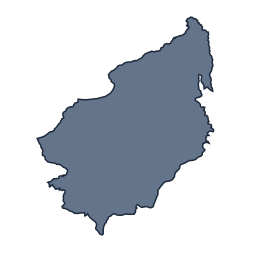 Manonyane, Maseru, Lesotho, rotated 84°
{"feature_id": "5366337B83171462701560", "entity_name": "Manonyane", "entity_type": "district", "adm_level": 2, "iso_a3": "LSO", "parent_name": "Lesotho", "parent_adm1": "Maseru", "projection": "equal_earth", "projection_center": [27.717, -29.478], "detail": "fine", "context": "isolated", "style": "filled", "palette": "slate", "viewbox_px": 256, "rotation_deg": 84, "n_neighbors": 0, "source": "geoboundaries", "source_scale": "gbopen_adm2", "svg_char_len": 5709}
<svg xmlns="http://www.w3.org/2000/svg" viewBox="0 0 256 256"><g transform="rotate(84 128 128)"><path d="M128.9,219.3L130.0,218.5L130.5,219.0L131.6,218.5L133.2,218.1L134.4,217.6L135.3,216.9L136.9,216.5L138.4,216.5L139.6,215.7L141.3,215.0L142.6,215.3L143.5,215.7L144.3,215.6L145.3,215.9L146.1,215.9L147.2,214.3L148.3,213.6L150.5,213.6L151.6,212.6L153.3,211.4L153.9,209.4L154.4,208.3L154.7,207.2L154.7,206.0L155.3,205.1L155.4,204.1L156.7,202.7L156.9,200.5L157.6,199.0L158.4,198.0L159.7,197.0L160.2,196.3L161.4,194.2L162.2,193.8L162.9,192.8L164.6,192.6L165.5,193.1L167.5,194.0L168.2,194.8L168.5,195.9L169.0,196.9L168.2,196.6L168.2,198.0L168.8,198.6L168.8,199.5L168.6,200.6L169.0,201.6L170.5,202.1L170.9,203.3L170.7,207.5L171.8,208.3L172.3,209.5L173.0,210.1L173.3,211.0L173.3,212.4L173.7,213.5L174.7,212.4L177.1,212.2L177.9,212.4L178.4,212.1L178.0,211.0L177.1,210.9L177.0,209.8L176.6,208.9L178.7,208.3L179.5,207.1L180.7,207.0L181.3,206.5L181.4,205.6L180.8,204.8L181.1,203.7L180.9,202.4L181.7,202.9L182.5,202.8L181.9,201.8L183.3,200.1L182.9,199.4L182.9,198.4L183.4,197.7L184.1,197.0L185.2,197.2L186.1,197.7L186.8,198.6L187.5,198.6L188.6,199.4L189.7,199.6L190.5,199.4L193.7,200.0L194.8,199.4L195.7,198.8L196.7,198.9L197.5,199.8L198.4,200.5L198.9,201.7L200.1,201.7L201.1,200.8L201.3,199.4L202.9,196.4L204.5,194.5L205.4,192.1L206.9,190.6L207.4,189.6L207.7,186.7L207.7,185.3L207.5,182.8L207.7,180.3L209.3,180.1L210.9,180.1L210.7,179.0L209.0,177.1L210.4,176.7L212.7,175.4L215.3,173.1L218.2,170.0L220.0,169.4L221.7,169.5L224.1,170.6L225.5,170.4L227.3,168.7L228.7,167.9L230.2,167.4L231.0,166.1L231.7,164.9L230.8,163.8L227.5,163.3L226.7,163.3L225.0,162.9L223.5,162.5L220.9,161.0L219.4,159.4L218.1,159.1L216.8,157.8L214.2,156.4L213.7,154.2L212.9,153.4L212.3,152.6L211.8,150.8L212.7,149.1L213.4,148.0L214.1,144.0L213.9,141.9L213.3,139.7L213.5,138.2L214.1,135.6L214.1,134.1L214.4,131.0L212.8,129.6L211.4,129.1L210.1,129.2L208.5,127.4L207.3,128.5L206.0,127.7L205.1,126.7L207.3,124.3L208.4,122.6L208.0,118.4L208.6,116.3L209.4,115.1L209.7,113.3L208.8,111.1L206.5,110.3L203.9,108.8L201.9,107.8L197.1,105.2L194.5,104.8L193.3,104.8L191.2,103.1L189.6,101.6L186.1,97.9L185.3,96.7L185.0,92.0L184.3,89.7L182.8,88.1L181.1,86.8L179.2,86.5L176.9,85.0L174.4,81.7L173.3,80.9L171.0,80.4L170.1,79.5L169.4,77.5L168.9,75.5L168.3,73.8L167.6,72.5L166.9,70.9L166.9,67.9L166.8,65.9L166.2,63.8L165.3,62.8L164.4,61.4L163.4,57.9L162.3,57.0L160.6,56.8L158.2,53.9L157.0,54.2L155.6,55.6L154.8,55.7L153.6,55.6L151.2,54.9L151.0,53.2L150.2,52.6L150.7,50.6L151.6,49.0L150.3,49.4L149.4,50.4L148.8,51.5L147.9,51.8L146.4,51.8L145.8,51.2L144.3,51.2L143.8,49.4L143.9,48.3L142.3,49.5L141.2,49.4L140.4,48.4L139.7,47.2L139.7,45.7L140.4,44.7L140.5,43.5L139.1,43.0L137.4,44.0L136.3,45.6L135.7,45.0L134.0,44.6L133.1,45.5L132.7,46.8L132.1,48.0L131.1,48.0L130.0,46.8L128.7,47.4L125.7,47.4L124.3,48.0L123.6,48.8L123.5,50.2L122.7,50.4L121.5,49.7L120.3,49.5L119.1,50.2L118.5,51.1L117.7,50.2L116.4,50.4L115.5,49.5L115.0,50.5L115.2,52.5L114.8,53.3L113.5,53.6L112.0,53.7L110.7,54.5L109.9,55.3L109.2,56.0L107.7,58.1L106.7,58.1L106.0,57.9L105.4,57.0L104.7,54.8L104.9,53.7L104.2,52.5L103.7,51.3L102.9,51.3L102.1,51.1L101.3,51.6L98.6,51.9L97.9,52.9L96.7,53.5L92.3,53.5L90.3,53.3L88.6,52.3L86.7,52.8L86.1,52.3L83.5,52.4L82.2,51.9L82.9,50.5L83.4,49.9L84.2,49.4L85.5,49.4L86.5,49.9L88.4,50.3L90.0,50.1L91.1,49.2L93.5,48.1L97.0,48.2L96.1,46.1L95.5,45.4L95.9,44.3L96.9,43.9L99.3,41.5L100.3,39.9L98.7,39.9L97.0,40.1L96.2,40.8L92.5,40.8L91.4,41.2L90.3,40.6L88.5,40.3L87.6,40.3L86.3,40.6L85.0,41.4L83.9,41.1L82.5,41.2L81.7,40.3L80.2,39.2L78.0,38.4L76.4,37.9L75.0,37.0L71.4,37.5L69.4,36.7L66.2,37.3L65.4,37.3L63.9,38.6L63.2,38.6L62.2,39.0L60.9,39.0L59.8,38.4L59.2,39.0L56.6,38.4L55.6,38.7L53.0,39.2L51.7,38.7L49.9,38.7L49.3,39.4L48.2,39.1L46.8,38.4L45.7,39.2L44.6,38.4L43.3,38.1L41.1,38.1L40.8,39.4L39.6,40.1L38.9,40.9L38.5,42.0L38.4,43.7L37.4,44.0L36.4,43.5L35.0,43.5L34.3,44.4L33.3,44.2L32.0,46.3L30.9,46.3L30.7,47.3L29.6,47.6L28.4,47.5L27.9,48.2L27.1,48.5L26.9,49.7L26.2,49.9L25.9,51.7L24.8,52.3L24.3,54.2L25.2,55.5L25.3,56.3L25.7,57.5L26.7,58.3L27.1,58.7L27.6,58.9L27.8,58.9L28.1,58.8L28.3,58.6L28.6,57.9L29.0,57.6L29.7,58.0L30.1,57.7L30.5,57.6L30.9,57.7L31.1,57.8L31.9,57.7L31.9,58.4L31.8,58.6L32.0,58.9L32.4,59.1L33.2,58.1L33.4,57.8L33.5,57.4L34.2,56.7L34.5,56.8L35.0,57.3L35.5,57.9L35.7,58.4L36.0,58.5L37.3,59.9L38.1,60.3L38.6,60.8L39.1,60.9L39.3,60.8L40.4,62.3L41.0,63.6L41.7,64.7L41.5,66.1L42.1,68.4L42.5,69.7L42.5,70.9L43.2,71.5L43.0,72.4L43.8,72.2L43.6,73.5L44.8,74.3L45.7,74.7L46.4,75.8L48.4,77.0L48.7,78.3L48.2,79.8L48.2,80.9L48.4,82.4L49.4,83.6L51.3,84.6L51.8,86.8L53.0,87.2L53.9,87.8L54.7,89.4L54.8,90.3L54.4,91.2L55.1,94.3L54.4,95.7L54.1,96.8L54.7,97.6L54.8,98.9L55.2,100.4L56.2,103.4L56.8,104.1L58.4,106.0L59.4,106.4L60.9,110.1L61.3,111.0L61.8,111.8L61.9,112.9L61.6,114.2L61.9,115.9L62.7,117.3L62.7,118.4L62.5,119.8L62.4,122.4L63.1,124.9L64.7,127.3L64.8,128.4L64.7,129.8L65.4,131.8L66.7,132.8L67.6,133.8L68.4,135.3L69.1,136.2L69.7,138.4L70.7,139.6L71.5,140.5L73.1,141.9L74.6,141.5L76.1,141.7L78.1,140.0L79.8,139.8L81.0,138.9L82.7,137.0L84.0,137.0L85.6,137.3L88.5,139.0L91.4,141.5L94.2,147.0L95.5,155.5L95.6,166.5L94.7,172.3L94.1,174.6L95.2,174.8L96.1,174.8L97.2,175.3L97.6,178.0L98.3,178.8L99.2,179.5L100.7,179.9L101.0,181.2L101.0,182.9L101.2,184.5L102.3,186.9L103.9,187.8L104.9,188.7L105.4,190.1L106.1,190.9L106.7,191.2L107.4,191.2L108.2,191.4L109.3,191.2L110.3,190.9L111.4,191.2L111.9,192.6L114.2,194.2L115.5,194.8L116.1,195.3L116.9,196.8L118.1,197.6L119.9,199.3L120.6,200.2L121.2,201.1L122.0,201.2L123.1,202.6L123.7,204.3L123.7,205.7L124.1,206.8L125.1,208.0L127.3,211.8L127.9,213.8L128.5,216.5L128.9,219.3Z" fill="#64748b" stroke="#1e293b" stroke-width="1.5"/></g></svg>